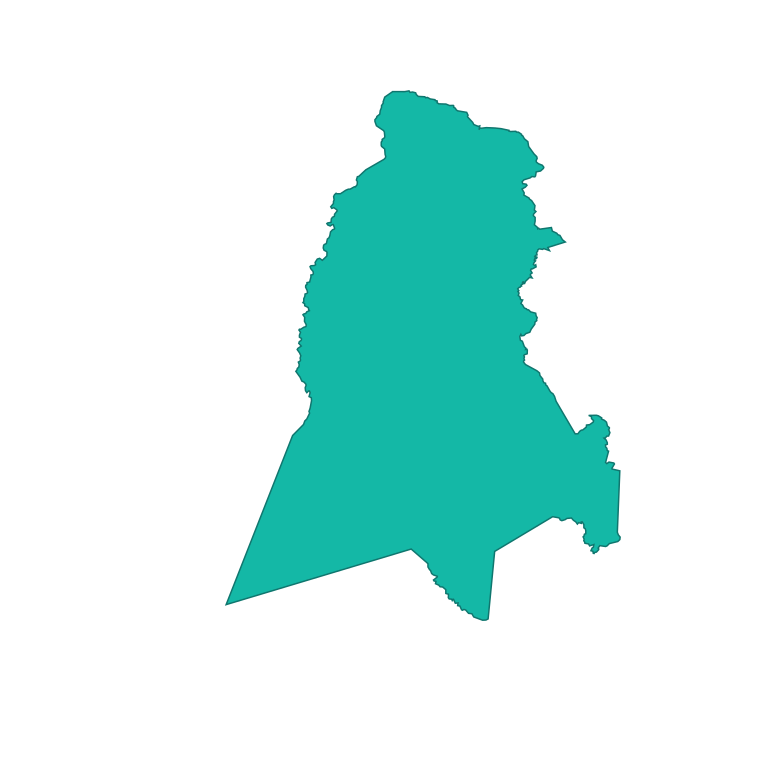 the district of Las Tablas, Los Santos, Panama, rotated 333°
{"feature_id": "35544464B24860146435947", "entity_name": "Las Tablas", "entity_type": "district", "adm_level": 2, "iso_a3": "PAN", "parent_name": "Panama", "parent_adm1": "Los Santos", "projection": "albers", "projection_center": [-80.265, 7.651], "detail": "fine", "context": "isolated", "style": "filled", "palette": "teal", "viewbox_px": 768, "rotation_deg": 333, "n_neighbors": 0, "source": "geoboundaries", "source_scale": "gbopen_adm2", "svg_char_len": 6171}
<svg xmlns="http://www.w3.org/2000/svg" viewBox="0 0 768 768"><g transform="rotate(333 384 384)"><path d="M311.0,354.4L311.3,356.7L313.7,356.0L314.4,356.4L314.2,358.2L311.5,361.2L313.0,363.2L311.9,365.9L307.2,372.0L304.7,374.4L304.5,376.2L299.4,380.1L296.6,381.0L294.0,383.5L279.2,388.4L143.2,508.9L333.3,543.4L341.6,564.0L340.1,567.0L340.3,570.2L340.8,571.2L340.4,574.5L341.4,576.6L344.2,579.5L343.7,580.2L339.1,581.1L339.1,582.1L340.7,583.5L339.2,585.3L341.5,588.1L341.9,590.1L344.1,591.5L345.7,595.3L344.0,598.7L346.0,600.6L344.3,603.6L344.5,605.1L346.6,606.5L346.5,607.9L347.8,607.2L348.2,607.4L348.0,611.7L350.6,612.7L349.0,614.9L350.8,616.3L350.6,620.4L351.2,621.2L352.9,621.2L354.2,622.5L355.2,626.7L358.0,628.6L358.2,632.3L364.6,639.2L367.7,640.6L370.1,640.6L406.6,583.4L474.0,578.8L478.9,582.5L479.4,583.4L479.3,585.1L480.4,586.5L483.9,587.1L485.9,586.8L490.2,588.5L490.9,591.4L492.3,593.9L492.7,596.6L494.5,595.9L496.5,597.7L497.0,596.5L497.9,596.7L498.3,599.9L496.8,602.9L497.6,604.2L497.2,606.3L495.8,609.0L494.4,608.8L493.0,610.4L492.0,610.6L491.9,613.1L490.8,614.4L491.1,615.5L490.7,617.1L493.7,619.4L493.7,621.6L498.1,622.3L496.4,624.5L495.0,624.6L492.7,626.5L494.2,627.9L493.6,629.9L494.3,630.4L495.0,629.7L497.0,630.2L500.0,629.1L500.5,628.5L500.3,627.4L502.9,626.0L507.7,629.4L509.3,629.5L512.3,628.5L520.8,630.5L523.5,629.7L524.9,627.6L524.3,624.8L524.6,622.0L554.7,568.4L548.6,563.3L548.9,562.5L553.0,559.9L552.9,558.7L549.0,555.7L546.4,556.1L545.8,554.5L553.6,545.8L552.7,544.6L553.4,542.4L552.9,540.8L553.7,538.8L555.6,539.1L556.3,537.7L556.5,534.8L555.5,532.1L557.0,532.5L558.7,531.6L560.5,532.3L563.2,529.9L563.5,526.5L564.4,526.2L565.0,525.2L564.0,522.9L564.9,519.0L563.9,516.4L561.9,514.0L562.6,513.0L560.6,509.7L559.1,508.3L552.1,504.9L554.0,507.3L553.2,509.1L554.1,511.8L553.2,512.9L548.8,513.6L545.8,512.5L544.7,514.2L540.1,515.2L538.9,514.7L536.9,515.0L534.2,516.4L531.7,515.2L529.5,477.5L530.3,472.5L530.1,469.3L529.0,467.5L528.6,465.3L528.4,459.6L527.7,458.3L528.3,456.6L527.1,455.6L527.0,453.4L527.7,451.6L526.8,447.2L527.6,444.8L526.3,441.7L518.9,430.9L518.3,427.8L518.9,426.8L520.1,426.5L520.2,424.8L521.4,423.7L521.5,422.1L522.4,421.7L525.3,422.1L527.1,418.9L527.1,417.8L525.8,417.5L526.7,416.5L526.0,414.5L526.7,408.7L525.4,407.0L526.5,403.4L528.5,401.9L528.5,403.6L530.7,404.3L533.4,403.5L537.4,404.1L540.0,402.0L545.5,399.2L546.6,397.4L548.9,396.9L549.4,395.5L550.6,394.5L550.5,392.2L551.3,389.8L547.4,386.3L546.5,383.6L545.3,382.8L545.0,381.6L543.5,380.0L543.3,376.4L542.5,374.4L545.7,372.1L544.0,370.8L544.7,368.0L543.8,366.1L545.6,364.3L545.3,362.4L546.5,362.1L546.3,359.9L548.0,359.3L549.5,359.5L550.2,358.9L551.0,359.2L551.3,358.0L553.7,357.9L553.2,356.8L554.1,356.1L554.7,356.4L555.1,358.1L556.6,356.8L562.1,355.1L564.1,356.7L563.8,353.3L564.5,352.6L566.4,352.3L566.2,349.2L567.5,348.3L568.4,348.8L572.7,348.7L573.3,346.7L572.1,346.9L571.4,345.3L572.7,344.0L574.9,343.1L574.1,342.0L574.6,341.4L575.9,341.4L575.6,340.4L576.2,340.3L577.0,341.2L577.7,340.9L577.8,340.2L576.6,339.5L576.3,338.7L577.9,338.2L579.0,338.4L579.5,336.2L581.2,335.4L581.8,334.4L583.6,334.0L586.5,336.1L587.8,335.9L592.0,340.3L591.9,336.7L610.0,339.8L608.5,336.5L608.2,331.5L606.7,329.9L606.4,328.1L603.4,324.2L604.2,320.6L592.9,316.7L592.6,315.4L591.4,315.5L591.8,314.1L590.3,310.4L592.6,307.5L594.3,304.2L593.5,301.8L594.4,300.5L597.7,299.3L596.9,297.4L599.5,293.6L598.8,287.6L597.6,285.3L597.7,284.2L594.4,279.2L595.7,277.3L595.5,272.9L599.2,272.8L601.6,271.9L601.4,270.5L598.6,268.5L598.9,266.5L601.5,265.6L607.9,266.7L609.9,266.3L612.4,267.9L613.5,267.4L615.9,264.1L620.2,265.3L623.9,264.3L624.8,263.4L624.4,261.0L621.7,257.9L620.6,255.7L620.8,254.2L622.9,252.5L623.3,250.8L622.1,247.0L620.7,238.1L622.2,233.4L620.4,229.2L620.3,225.9L619.6,224.9L619.9,223.9L618.1,220.6L616.4,219.7L616.2,218.7L611.2,216.4L610.1,215.2L610.5,214.7L604.2,209.6L599.1,206.3L591.5,202.0L587.1,200.4L585.6,199.4L584.1,200.6L586.5,197.5L584.9,197.2L581.8,193.6L581.8,191.2L579.8,184.2L579.9,183.4L580.9,182.7L581.0,179.5L573.6,174.0L572.8,172.4L572.8,170.7L571.7,169.1L572.4,168.0L572.2,167.2L568.8,165.6L566.3,162.7L560.1,159.3L559.0,157.5L559.9,156.0L558.4,154.7L558.5,153.8L554.6,151.0L552.8,148.4L551.0,147.8L550.8,146.6L545.1,143.3L544.2,140.8L544.4,138.9L542.0,136.8L539.6,136.0L539.4,134.2L535.2,132.9L524.5,127.4L514.9,128.7L511.2,132.3L511.0,133.3L508.2,134.8L507.3,136.5L504.8,138.7L502.7,141.7L499.1,142.4L498.4,143.3L495.9,144.4L495.1,146.0L494.5,150.5L498.6,157.9L498.8,159.4L497.0,164.0L496.2,164.8L493.4,165.2L492.9,166.4L491.4,167.2L489.9,170.0L489.7,171.2L491.3,174.9L489.2,180.0L488.9,181.9L488.0,183.1L486.0,183.8L465.1,184.9L455.6,187.6L454.4,187.2L452.0,189.7L452.2,191.5L450.6,194.2L447.9,195.4L447.1,194.8L442.3,195.0L440.6,194.2L437.8,194.0L431.6,194.7L428.2,193.0L427.9,192.3L425.8,192.9L424.2,194.1L423.1,197.4L421.9,198.3L420.9,200.2L417.0,201.9L417.2,203.8L419.4,204.1L421.0,207.3L420.9,208.5L417.0,210.3L415.9,212.1L413.8,212.0L412.0,213.0L410.2,215.9L406.8,214.9L405.9,215.1L406.1,216.8L407.8,218.8L410.1,218.5L411.2,218.9L410.7,222.8L410.1,223.4L408.2,223.2L405.4,224.2L403.1,227.2L401.4,228.7L399.4,229.1L396.4,232.7L394.0,232.6L393.1,233.1L391.6,235.2L391.3,237.6L392.9,239.8L393.0,240.8L391.2,244.0L385.2,245.8L383.7,242.8L381.3,242.4L377.8,244.4L377.2,246.7L375.7,246.8L372.6,245.5L371.4,245.8L371.1,248.1L371.9,251.6L371.2,253.5L370.2,254.2L368.3,253.7L367.5,255.5L364.0,259.4L361.4,258.7L360.5,260.4L359.1,260.5L358.1,262.1L358.0,265.7L357.4,267.8L356.5,268.3L354.5,268.0L353.3,269.9L351.3,271.5L350.0,274.0L348.7,274.7L349.7,276.3L348.9,278.3L351.2,281.5L350.6,283.7L350.8,284.8L348.1,284.6L346.3,285.6L344.1,285.2L343.2,285.5L343.6,288.6L341.6,292.0L341.6,296.0L340.5,297.4L338.3,297.0L334.7,297.4L333.5,296.8L332.7,297.3L333.1,300.0L330.8,302.1L329.9,303.9L331.0,305.7L331.0,306.5L329.8,307.6L327.8,307.8L326.5,309.1L327.5,312.6L323.4,313.2L322.3,313.9L322.9,318.0L322.7,321.1L321.0,322.8L320.5,324.8L319.8,325.4L317.6,325.6L317.3,328.2L315.8,330.2L313.8,330.8L312.9,331.9L311.2,332.7L312.3,339.8L312.1,344.1L313.6,346.0L314.3,348.6L314.0,349.8L312.1,351.5L311.0,354.4Z" fill="#14b8a6" stroke="#0f766e" stroke-width="1.5"/></g></svg>